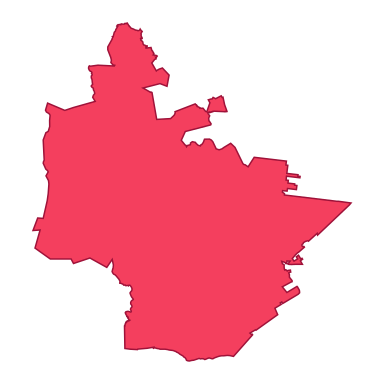 outline of Nombre de Dios, Durango, Mexico
{"feature_id": "50627088B91815790044654", "entity_name": "Nombre de Dios", "entity_type": "district", "adm_level": 2, "iso_a3": "MEX", "parent_name": "Mexico", "parent_adm1": "Durango", "projection": "albers", "projection_center": [-104.207, 23.841], "detail": "fine", "context": "isolated", "style": "filled", "palette": "rose", "viewbox_px": 384, "rotation_deg": 0, "n_neighbors": 0, "source": "geoboundaries", "source_scale": "gbopen_adm2", "svg_char_len": 5914}
<svg xmlns="http://www.w3.org/2000/svg" viewBox="0 0 384 384"><path d="M351.0,203.0L338.6,201.3L336.9,201.3L284.4,195.0L284.5,193.7L282.4,192.2L282.6,190.6L287.1,191.1L287.5,188.5L296.4,189.6L296.9,185.5L294.6,185.2L294.7,183.9L288.0,183.1L288.3,180.3L286.1,180.1L286.5,176.2L299.9,177.8L300.1,176.4L297.8,176.1L298.0,174.7L286.8,173.4L287.8,165.3L285.9,165.0L286.4,161.1L254.2,157.3L248.1,166.8L245.2,164.8L243.6,164.4L242.8,163.4L235.0,147.4L230.7,143.3L223.8,147.5L221.9,148.9L219.1,149.8L216.0,148.8L215.9,148.2L212.8,141.7L211.3,140.0L209.5,139.1L204.5,139.2L203.3,142.4L201.8,144.5L201.0,144.7L200.4,145.9L198.0,145.2L195.8,143.1L195.5,142.4L192.3,141.7L190.5,143.0L190.4,144.7L187.4,145.5L186.5,146.7L186.0,145.4L185.1,145.0L181.3,140.3L185.3,131.5L210.7,124.9L211.1,123.9L209.4,121.2L208.9,120.8L208.7,118.0L209.7,115.8L208.2,113.9L207.9,113.0L208.0,112.6L208.9,112.2L209.2,111.9L209.8,112.0L209.8,112.6L212.1,111.9L211.8,111.7L212.6,111.4L214.1,111.2L224.6,111.7L225.3,111.7L225.4,111.4L225.7,111.4L225.6,111.7L226.7,111.6L226.6,111.1L226.9,111.1L224.6,104.7L223.0,97.2L222.2,97.5L221.2,95.8L215.6,98.7L213.1,97.4L212.0,99.0L211.0,99.0L208.3,99.8L209.9,102.8L206.8,111.8L205.6,111.4L203.0,108.2L200.9,108.3L200.1,107.8L199.8,108.0L199.7,107.6L197.9,106.7L197.6,106.3L197.2,106.5L197.0,106.1L196.9,105.6L196.7,105.6L196.5,105.0L196.3,105.1L195.8,104.6L195.2,103.9L175.0,111.7L175.2,112.7L175.0,113.5L174.2,115.2L170.6,118.6L156.7,119.4L152.0,92.5L150.9,92.0L150.5,92.3L143.0,88.0L160.0,83.6L167.0,86.3L169.1,75.1L162.4,68.0L159.2,69.1L156.7,70.5L156.3,70.9L151.8,63.0L154.7,59.4L156.1,58.8L155.9,58.1L156.0,58.2L156.1,57.7L157.2,56.1L156.7,55.6L153.4,54.9L153.8,54.6L153.7,54.2L153.9,53.8L153.7,53.7L153.6,53.1L153.4,53.0L153.4,52.4L152.6,51.6L152.6,51.1L151.8,50.3L151.0,47.5L146.0,48.1L145.9,47.5L146.0,47.2L147.2,46.3L147.2,45.9L146.9,45.8L145.7,46.0L145.0,45.2L143.9,45.0L143.1,44.0L142.8,42.0L142.3,41.2L141.8,41.0L141.5,40.6L141.0,40.4L141.0,40.0L140.5,38.6L140.8,38.2L141.9,38.7L142.2,38.4L142.1,37.8L141.1,35.9L141.2,34.6L141.0,33.5L142.2,31.4L141.9,31.1L141.6,31.1L141.4,30.9L140.2,29.1L140.0,29.6L139.0,30.5L138.0,30.7L136.8,30.2L135.8,30.2L133.1,28.9L131.1,28.2L129.8,26.6L129.3,26.5L129.1,25.7L128.7,25.4L127.2,23.0L126.4,23.3L126.1,23.7L125.7,23.4L124.7,23.5L124.6,23.9L124.3,24.1L123.2,24.2L121.3,23.9L121.0,24.0L120.8,24.7L119.2,24.5L118.3,24.8L118.0,24.7L117.2,25.3L116.8,26.1L117.7,26.4L115.8,29.6L115.3,31.3L114.3,32.2L113.3,36.2L112.7,36.5L113.1,36.7L112.1,38.7L112.1,39.2L107.8,46.9L107.8,49.8L110.7,57.3L111.4,60.1L110.9,62.6L113.1,65.0L114.7,65.3L114.3,66.0L97.9,65.2L90.5,66.2L89.7,66.1L89.6,65.9L89.0,66.2L88.6,67.3L88.6,68.7L89.5,70.5L90.5,71.4L91.4,71.6L91.9,72.5L91.5,73.5L92.0,74.1L92.2,74.8L91.3,76.0L91.3,77.9L92.0,79.5L92.3,82.4L92.6,84.4L91.4,85.6L91.2,86.1L92.1,87.4L93.3,88.2L93.4,88.7L93.4,89.8L94.3,91.4L94.6,92.9L94.7,93.7L93.4,95.2L92.7,97.3L95.2,101.4L73.5,107.5L64.8,110.4L47.6,103.1L45.5,110.2L46.4,112.0L48.7,113.4L49.6,114.3L50.1,115.4L49.6,120.4L49.7,126.6L48.2,131.4L45.9,132.7L43.2,140.0L44.2,160.1L43.5,161.6L43.2,163.2L45.8,169.1L47.5,170.6L48.2,171.9L46.0,175.9L48.5,180.6L48.9,184.0L48.2,193.7L47.2,200.8L43.2,218.4L37.7,218.0L33.0,230.5L40.1,230.0L35.0,248.1L50.3,259.0L71.1,259.0L73.5,263.5L89.9,258.0L106.8,267.4L112.2,259.4L113.4,265.0L113.1,268.1L112.8,268.7L112.1,271.5L112.7,272.9L113.6,274.1L115.2,274.9L116.0,275.7L118.9,279.2L119.8,280.9L120.0,281.7L119.8,282.9L119.8,283.2L120.9,283.3L121.5,283.6L121.8,283.7L123.1,284.3L123.7,285.1L125.3,285.1L125.8,285.7L128.3,285.4L128.5,285.8L129.1,285.3L129.8,285.2L130.2,285.5L131.4,287.1L132.0,288.7L132.0,289.5L131.7,290.7L130.5,292.1L130.0,293.0L130.6,294.8L131.5,296.8L133.3,299.2L133.3,299.5L132.0,300.4L131.3,301.1L130.7,302.3L130.7,303.9L131.7,305.3L132.0,306.6L131.9,307.0L130.9,308.1L130.5,309.1L130.6,309.8L131.3,311.0L131.3,311.5L131.1,311.9L130.7,312.1L128.6,311.4L127.9,311.3L126.0,311.7L125.8,312.2L125.5,312.3L125.3,312.6L125.5,313.1L125.5,313.6L125.9,314.0L125.9,314.4L126.8,315.8L126.8,316.3L127.2,316.3L127.6,316.8L128.2,317.2L128.1,317.5L127.6,317.7L127.7,318.0L128.4,318.3L128.7,319.7L129.8,320.2L129.2,320.7L128.4,321.0L127.3,320.8L127.1,321.1L127.1,321.5L126.3,321.7L126.4,322.4L125.7,322.7L125.6,323.6L125.2,323.9L125.1,325.1L124.6,325.4L124.6,325.8L124.8,326.3L124.5,326.5L124.9,348.5L130.3,349.2L137.5,349.6L137.8,349.1L147.0,348.3L153.8,347.2L153.1,348.7L154.0,348.0L154.8,347.8L157.1,348.5L159.2,348.8L160.0,349.2L165.1,349.2L167.7,349.6L169.1,350.0L173.1,350.5L176.2,351.7L176.6,352.1L178.4,352.9L179.9,354.2L182.9,355.9L183.8,357.0L184.7,357.4L185.2,357.9L186.0,359.0L186.5,360.3L187.8,360.8L189.3,361.0L191.9,360.4L193.7,360.2L199.1,358.4L200.4,358.9L201.3,358.7L203.3,358.7L204.7,359.5L205.6,359.3L207.6,358.4L209.1,357.9L212.1,358.8L213.0,358.7L214.6,357.8L217.9,356.6L219.6,356.1L221.6,355.8L223.6,355.8L227.4,355.4L229.9,355.6L233.5,356.4L252.6,334.8L252.2,334.2L251.6,334.5L249.9,333.1L255.5,329.8L256.0,330.2L277.7,314.7L274.9,308.2L281.2,304.4L280.2,302.9L281.8,301.9L282.7,303.5L298.1,294.3L299.6,292.8L299.5,290.9L299.1,289.7L297.5,286.9L297.0,286.4L286.9,292.5L282.3,286.8L291.0,282.1L292.1,281.7L292.1,280.8L292.1,280.6L289.4,277.2L289.4,274.6L288.7,272.9L290.1,272.2L290.7,272.1L290.4,270.1L288.6,270.3L287.2,271.0L286.8,270.3L285.6,269.7L284.9,270.1L284.3,268.9L284.1,266.6L284.2,264.9L282.4,263.7L281.7,261.3L283.3,261.8L285.5,262.8L285.7,263.5L286.8,263.6L286.9,261.0L290.1,261.1L288.1,263.7L288.2,264.2L289.0,264.4L291.4,264.5L295.8,264.3L302.4,264.3L300.4,260.8L302.6,259.2L302.0,258.3L300.9,259.1L298.5,255.2L296.3,256.8L297.6,258.9L294.0,261.1L292.3,258.6L295.2,255.1L297.7,252.7L298.5,252.3L304.4,247.2L304.0,246.5L303.6,246.4L302.9,246.6L302.2,246.2L302.0,245.6L302.0,244.7L302.2,244.3L303.0,243.8L303.5,242.6L305.5,241.4L307.9,240.7L308.5,241.2L317.2,233.3L317.6,235.1L349.3,205.0L351.0,203.0Z" fill="#f43f5e" stroke="#9f1239" stroke-width="1.5"/></svg>